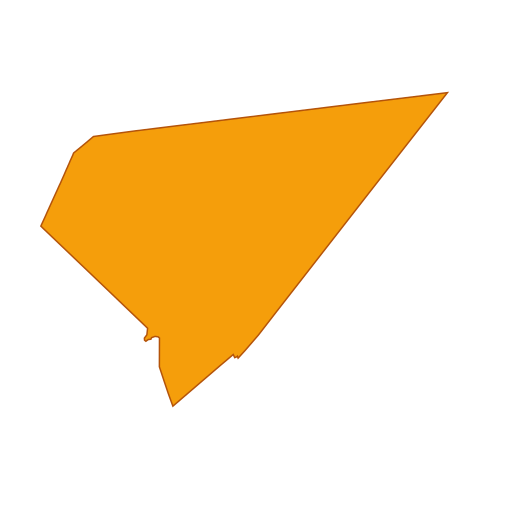 Ad Dabbah, Northern, Sudan (Natural Earth projection), rotated 173°
{"feature_id": "16777658B45906237385518", "entity_name": "Ad Dabbah", "entity_type": "district", "adm_level": 2, "iso_a3": "SDN", "parent_name": "Sudan", "parent_adm1": "Northern", "projection": "natural_earth1", "projection_center": [31.506, 17.537], "detail": "fine", "context": "isolated", "style": "filled", "palette": "amber", "viewbox_px": 512, "rotation_deg": 173, "n_neighbors": 0, "source": "geoboundaries", "source_scale": "gbopen_adm2", "svg_char_len": 1201}
<svg xmlns="http://www.w3.org/2000/svg" viewBox="0 0 512 512"><g transform="rotate(173 256 256)"><path d="M465.9,311.9L463.7,309.1L408.3,241.5L392.3,221.9L372.4,197.5L373.9,191.1L376.8,188.1L376.9,186.0L375.7,184.8L374.6,185.4L373.1,186.2L370.5,186.2L369.6,187.7L366.0,188.5L363.0,187.7L361.8,186.4L365.4,157.8L362.5,143.3L359.8,130.1L356.8,117.1L304.5,151.9L290.6,161.0L289.5,157.7L287.1,158.4L286.7,158.8L286.2,156.8L278.3,163.6L263.3,177.2L243.3,197.4L169.5,271.4L135.5,305.5L47.2,393.7L46.1,394.8L128.0,394.9L155.6,394.9L213.6,394.9L251.4,394.9L311.7,394.9L311.8,394.9L320.6,394.9L330.2,394.9L360.3,394.9L370.2,394.8L388.5,394.6L402.6,394.4L402.8,394.4L406.3,392.1L412.9,387.8L424.1,380.7L424.5,380.4L424.8,379.9L424.9,379.7L425.1,379.3L425.2,379.1L425.3,378.8L425.5,378.6L426.1,377.5L426.3,377.3L426.4,377.1L427.3,375.6L429.0,372.8L430.3,370.5L431.9,367.9L432.0,367.6L433.4,365.4L436.6,359.9L440.1,354.1L440.9,352.7L441.8,351.3L442.0,350.9L442.2,350.7L442.5,350.2L445.9,344.6L446.6,343.5L451.3,335.8L452.4,334.0L454.3,330.9L454.6,330.4L455.0,329.8L455.1,329.6L455.2,329.4L455.3,329.3L455.3,329.2L457.8,325.2L459.8,321.8L465.9,311.9Z" fill="#f59e0b" stroke="#b45309" stroke-width="1.5"/></g></svg>